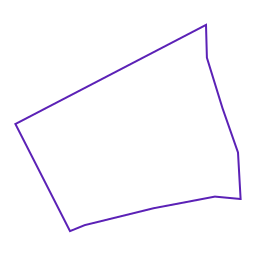 31, Ad Dawhah, Qatar
{"feature_id": "91078587B64948083253590", "entity_name": "31", "entity_type": "district", "adm_level": 2, "iso_a3": "QAT", "parent_name": "Qatar", "parent_adm1": "Ad Dawhah", "projection": "natural_earth1", "projection_center": [51.473, 25.343], "detail": "fine", "context": "isolated", "style": "outline", "palette": "violet", "viewbox_px": 256, "rotation_deg": 0, "n_neighbors": 0, "source": "geoboundaries", "source_scale": "gbopen_adm2", "svg_char_len": 277}
<svg xmlns="http://www.w3.org/2000/svg" viewBox="0 0 256 256"><path d="M15.4,124.0L70.0,231.1L84.8,225.1L153.7,208.2L214.9,196.6L239.5,198.9L239.9,199.0L240.6,199.0L238.0,152.5L222.5,108.2L206.9,57.7L206.0,24.9L15.4,124.0Z" fill="none" stroke="#5b21b6" stroke-width="2"/></svg>